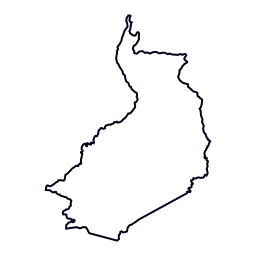 the district of Yalinga, Haute-Kotto, Central African Republic
{"feature_id": "33826404B77142922363915", "entity_name": "Yalinga", "entity_type": "district", "adm_level": 2, "iso_a3": "CAF", "parent_name": "Central African Republic", "parent_adm1": "Haute-Kotto", "projection": "orthographic", "projection_center": [23.642, 7.657], "detail": "fine", "context": "isolated", "style": "outline", "palette": "ink", "viewbox_px": 256, "rotation_deg": 0, "n_neighbors": 0, "source": "geoboundaries", "source_scale": "gbopen_adm2", "svg_char_len": 5772}
<svg xmlns="http://www.w3.org/2000/svg" viewBox="0 0 256 256"><path d="M187.8,84.1L186.4,83.9L185.3,83.5L184.4,83.3L183.0,82.8L182.1,82.2L180.7,81.1L179.7,80.1L179.2,79.1L178.6,77.8L178.1,76.9L178.3,76.1L178.8,75.0L179.2,73.9L179.4,73.0L179.5,72.1L179.5,70.7L179.7,69.9L180.2,69.4L181.0,68.8L181.4,68.3L181.6,67.9L181.9,67.1L182.2,66.5L182.9,65.7L183.4,65.3L184.3,64.1L184.9,63.8L185.2,63.6L186.1,63.1L186.9,62.4L187.1,62.2L187.2,61.8L187.0,61.5L186.1,60.9L185.8,60.7L184.8,59.8L184.4,59.2L184.3,58.8L184.4,58.4L184.9,57.4L186.1,55.6L186.2,55.2L186.2,54.8L186.0,54.5L185.7,54.3L185.3,54.1L184.4,54.0L183.4,54.4L183.1,54.6L182.8,54.7L182.3,54.8L181.9,54.7L180.5,54.1L180.0,54.0L178.4,54.8L177.1,54.9L175.8,54.7L174.8,54.7L173.4,54.6L171.6,54.3L170.1,53.8L169.3,53.6L168.0,54.1L167.5,54.1L165.8,53.3L165.5,53.1L165.2,52.9L164.2,52.9L163.8,52.8L163.4,52.6L163.0,52.6L161.9,52.9L160.4,53.2L160.0,53.3L159.5,53.3L158.6,53.1L158.0,52.8L157.6,52.7L156.7,52.1L155.9,51.9L155.4,51.9L154.7,52.1L154.2,52.1L152.9,52.1L151.4,53.0L150.7,53.3L149.5,53.5L149.1,53.4L148.3,52.8L147.9,52.7L147.1,52.4L145.7,52.9L145.2,52.9L144.8,52.8L143.2,51.5L142.5,51.2L141.6,51.3L139.9,51.4L139.2,51.7L138.6,52.0L137.7,53.1L137.2,53.5L136.7,53.6L135.3,53.4L134.6,53.1L134.1,52.6L134.2,52.2L134.2,51.7L134.1,51.0L133.9,50.6L133.7,50.3L133.4,50.1L133.2,49.9L132.9,49.2L132.9,48.7L133.3,47.1L133.5,46.3L133.7,45.9L134.3,45.5L135.0,45.3L135.7,44.6L136.6,43.5L137.3,42.2L137.5,41.9L138.4,40.3L138.5,39.9L138.7,39.6L139.0,38.8L139.0,38.4L138.8,37.2L138.8,36.7L139.0,33.8L139.0,33.4L138.9,33.0L138.7,32.7L138.2,32.2L137.7,32.2L137.3,32.3L136.7,33.1L135.5,35.4L135.2,35.6L134.8,35.6L133.8,35.5L133.0,35.3L132.4,35.0L131.0,33.9L130.4,33.5L130.1,33.3L129.9,32.5L129.9,32.1L129.5,31.5L129.4,31.2L129.7,30.4L130.3,29.1L130.5,28.1L130.5,27.2L130.7,26.4L130.8,26.1L130.9,25.1L131.1,23.7L131.6,22.3L130.4,22.2L129.8,21.1L129.4,20.1L129.9,17.5L130.3,16.6L130.6,15.9L130.3,15.6L129.0,15.4L128.3,15.4L128.0,16.2L126.7,17.7L126.5,19.3L126.2,20.7L126.9,22.5L127.3,23.8L127.5,26.2L127.4,27.0L125.6,29.1L124.6,30.8L122.9,35.6L121.9,37.8L121.7,39.6L121.2,41.4L119.3,44.6L117.5,47.0L117.6,47.6L118.0,48.6L117.9,49.6L117.2,50.5L116.9,51.4L117.0,53.3L116.4,56.1L116.2,58.5L116.9,61.9L117.4,63.1L118.4,64.1L119.3,66.3L122.5,71.3L123.1,73.9L124.9,75.5L125.3,78.4L126.4,81.6L127.3,82.2L128.5,83.1L128.8,83.9L129.1,85.1L129.8,86.6L131.1,87.0L131.4,88.7L135.2,92.3L136.3,92.6L136.9,93.5L137.1,94.6L136.7,96.9L137.4,98.3L137.6,99.9L137.0,100.6L136.3,102.0L134.8,102.5L134.7,103.8L135.1,105.2L135.1,107.2L131.8,111.7L129.9,113.6L128.4,113.4L125.6,117.4L124.7,118.3L122.8,119.6L122.5,120.3L121.6,121.2L120.3,121.9L119.2,122.2L118.1,122.6L117.7,122.4L117.2,121.8L116.7,121.7L116.5,121.9L115.9,122.3L115.5,122.2L114.9,122.1L114.3,122.1L113.7,123.2L113.2,123.6L111.7,124.0L111.3,124.4L110.6,124.8L109.7,124.6L108.5,124.6L107.4,125.1L106.0,125.5L105.0,126.8L105.0,128.2L104.4,128.6L103.4,128.8L102.9,128.7L101.9,128.1L101.1,128.0L98.6,130.6L98.3,133.2L97.2,135.9L96.7,136.2L96.2,136.0L95.5,135.9L94.8,136.4L93.9,138.4L93.4,140.1L94.0,142.1L93.7,143.3L92.8,143.1L91.8,142.6L91.2,142.6L90.8,143.0L90.9,144.5L90.4,144.5L89.1,144.2L88.5,143.8L88.0,143.3L87.4,143.1L87.1,143.6L87.2,145.3L86.9,146.2L86.3,146.1L86.0,145.7L85.9,145.1L85.9,144.1L85.5,143.6L83.5,144.3L82.1,146.2L81.6,148.4L81.7,149.6L82.7,150.6L82.4,151.7L81.8,152.0L81.0,152.2L81.0,152.8L81.9,153.1L82.3,153.8L81.7,156.3L81.6,157.7L81.1,158.7L80.9,161.8L81.0,162.6L81.2,163.6L80.9,163.8L80.4,163.3L79.0,164.5L78.5,165.1L78.2,166.0L77.5,166.0L76.8,165.7L75.8,166.0L72.4,168.4L67.9,173.2L65.4,175.0L64.6,179.5L63.9,180.5L62.9,180.6L60.8,180.2L59.4,180.2L58.5,180.3L58.1,181.2L56.1,182.4L52.5,185.2L50.5,186.2L49.4,186.2L48.2,185.7L47.1,185.5L46.3,186.5L45.8,190.0L49.9,190.3L52.7,192.3L54.0,192.4L54.6,191.8L56.0,191.9L56.6,193.4L57.6,193.9L58.2,194.5L59.1,194.6L60.0,194.7L60.4,195.5L61.3,195.9L62.8,196.3L64.3,196.9L66.0,197.1L67.8,198.7L70.1,199.4L71.3,200.6L70.6,203.8L70.9,205.6L69.4,206.9L68.9,208.5L68.1,209.2L65.8,209.6L64.8,210.6L63.4,211.1L62.8,212.8L63.2,214.4L66.0,214.4L66.4,214.7L66.7,217.2L67.6,218.4L68.9,218.6L70.7,218.8L71.4,219.6L72.2,219.8L73.6,219.7L74.6,220.3L74.6,220.8L74.2,221.5L73.3,222.1L72.6,222.1L71.8,221.5L68.3,222.8L67.7,223.7L66.2,225.1L66.1,228.6L73.7,227.6L76.4,227.1L80.1,228.3L83.0,227.1L85.9,227.3L87.0,228.9L89.3,233.2L117.1,240.6L118.9,239.1L118.8,237.4L118.9,234.8L119.8,234.3L120.2,233.4L120.4,231.9L121.6,231.3L122.7,232.3L124.4,232.2L126.9,231.5L127.7,227.7L129.2,225.5L131.7,224.5L136.3,221.4L139.6,219.1L187.0,193.2L187.0,191.9L187.8,191.5L188.6,191.8L189.3,192.0L190.1,192.0L190.5,191.5L190.3,190.8L189.6,190.2L189.5,189.7L188.8,189.2L188.4,188.7L188.8,188.1L189.6,187.8L190.4,187.7L191.3,187.2L191.7,186.1L191.4,185.0L191.7,184.3L192.7,184.0L192.8,183.6L192.4,183.0L191.6,182.4L191.1,180.4L192.7,180.0L193.1,179.3L193.2,178.4L193.7,178.1L194.4,178.4L195.0,178.6L195.9,178.5L196.5,178.0L197.4,177.7L198.2,177.5L199.3,177.5L200.0,177.7L200.8,177.9L201.8,177.9L203.7,177.3L205.1,174.8L206.5,175.6L207.1,174.5L207.6,173.4L207.4,171.6L206.7,169.1L207.6,166.3L207.2,163.5L208.0,161.6L207.7,160.9L206.8,160.3L206.4,159.5L206.8,158.4L206.6,157.9L206.0,157.8L205.4,158.2L204.9,158.2L204.6,157.8L204.5,156.8L205.1,156.1L204.4,153.7L204.5,152.5L205.3,150.8L206.0,150.0L206.2,149.0L206.7,148.1L207.2,148.0L207.3,146.3L208.3,145.9L209.5,142.2L210.2,141.3L209.5,140.5L208.2,139.9L207.7,139.1L207.8,138.6L206.7,137.6L205.4,133.8L204.4,133.1L203.6,131.2L203.1,128.5L203.8,125.8L202.1,122.2L202.5,119.3L201.0,115.5L200.6,110.5L199.6,108.8L200.8,107.4L201.8,103.7L202.2,100.1L201.5,98.9L200.4,98.4L199.8,97.8L199.1,96.8L197.9,96.5L197.5,95.6L197.3,92.8L195.5,91.9L193.5,91.5L188.1,86.7L187.8,84.1Z" fill="none" stroke="#020617" stroke-width="2"/></svg>